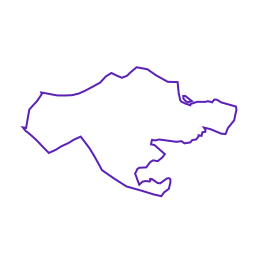 outline of Yonan, Hwanghae-namdo, North Korea, rotated 280°
{"feature_id": "82179303B35883429877711", "entity_name": "Yonan", "entity_type": "district", "adm_level": 2, "iso_a3": "PRK", "parent_name": "North Korea", "parent_adm1": "Hwanghae-namdo", "projection": "equal_earth", "projection_center": [126.071, 37.915], "detail": "fine", "context": "isolated", "style": "outline", "palette": "violet", "viewbox_px": 256, "rotation_deg": 280, "n_neighbors": 0, "source": "geoboundaries", "source_scale": "gbopen_adm2", "svg_char_len": 1589}
<svg xmlns="http://www.w3.org/2000/svg" viewBox="0 0 256 256"><g transform="rotate(280 128 128)"><path d="M66.7,172.7L70.8,174.6L71.6,175.4L75.2,178.8L81.9,179.2L84.9,178.6L85.7,177.0L85.1,175.1L79.1,169.3L79.0,166.6L82.0,160.2L81.5,158.6L80.1,159.2L79.1,158.6L78.8,154.5L77.7,151.6L74.1,148.9L84.4,142.9L86.3,143.5L89.3,144.4L90.8,146.0L92.4,152.8L98.3,155.8L100.5,158.3L100.5,163.0L105.2,167.1L108.7,168.8L115.8,157.0L115.9,153.5L119.6,153.6L120.5,153.7L120.5,157.0L122.1,160.7L122.8,178.0L124.3,183.0L122.7,186.2L124.6,191.8L127.3,193.4L128.5,197.0L132.2,199.1L133.1,198.8L133.0,201.7L136.7,202.0L137.7,204.8L139.8,204.5L141.6,202.7L141.2,209.3L138.6,221.0L138.7,221.6L139.0,225.1L140.9,225.5L145.3,226.4L154.0,231.2L164.9,231.6L167.9,230.5L169.4,215.4L171.3,210.6L171.0,208.0L167.9,206.4L168.3,202.0L167.2,199.8L165.8,191.6L162.5,185.5L161.2,185.4L162.1,179.9L163.2,175.9L164.7,174.5L171.3,171.8L181.8,168.9L180.4,159.1L184.8,146.4L189.2,136.9L189.3,125.9L183.6,121.1L179.2,117.9L176.4,113.2L177.9,106.8L179.3,102.1L175.0,97.3L167.8,92.6L157.7,79.9L153.4,73.6L150.6,67.2L149.2,60.9L147.8,53.0L147.8,48.2L147.9,41.9L147.9,38.8L147.9,36.4L146.5,37.2L139.2,34.0L129.1,27.6L120.4,27.6L116.1,27.6L110.3,27.6L110.3,24.4L107.4,27.6L105.9,30.7L103.0,35.5L100.0,40.2L94.1,48.1L89.7,54.4L94.0,60.7L98.4,65.5L102.7,71.8L107.0,76.6L111.3,82.9L106.9,87.7L101.0,94.0L93.7,100.3L87.9,105.0L82.0,109.7L76.1,122.4L70.2,136.6L68.6,152.4L67.0,165.1L66.7,172.7ZM169.5,178.8L169.1,176.9L166.5,177.5L164.3,180.4L163.9,183.0L165.6,186.2L169.5,178.8Z" fill="none" stroke="#5b21b6" stroke-width="2"/></g></svg>